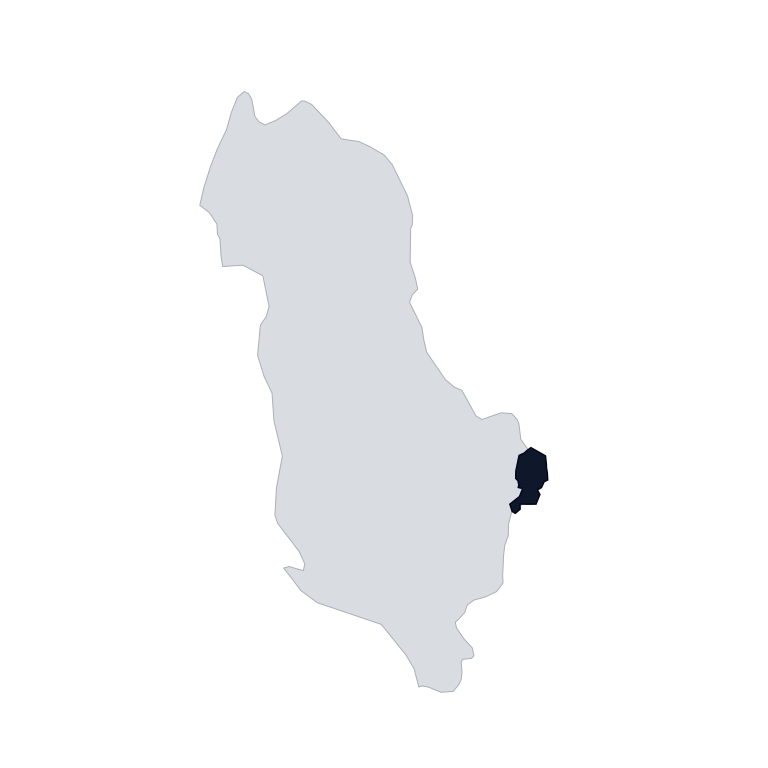 Devoll, Korçë, Albania shown in context, rotated 348°
{"feature_id": "67620474B41402008781007", "entity_name": "Devoll", "entity_type": "district", "adm_level": 2, "iso_a3": "ALB", "parent_name": "Albania", "parent_adm1": "Korçë", "projection": "mercator", "projection_center": [20.941, 40.579], "detail": "fine", "context": "in_parent", "style": "filled", "palette": "ink", "viewbox_px": 768, "rotation_deg": 348, "n_neighbors": 0, "source": "geoboundaries", "source_scale": "gbopen_adm2", "svg_char_len": 1915}
<svg xmlns="http://www.w3.org/2000/svg" viewBox="0 0 768 768"><g transform="rotate(348 384 384)"><path d="M250.7,235.6L251.2,225.0L253.7,208.2L252.3,202.6L253.8,193.0L248.9,180.2L241.0,170.9L248.6,154.5L259.8,134.7L270.2,118.9L282.8,102.5L291.1,86.7L300.2,73.1L307.9,68.9L311.8,71.8L313.8,77.8L313.4,95.4L316.0,101.4L321.4,105.9L332.7,103.7L345.3,99.3L362.2,90.0L365.0,90.6L371.3,95.5L384.3,116.7L393.0,135.3L410.1,141.8L419.6,149.0L431.8,160.1L437.7,171.2L446.1,205.0L447.0,225.3L444.6,234.7L442.5,237.1L434.9,270.2L436.7,287.0L436.7,298.1L430.3,302.5L426.0,309.4L432.9,336.9L432.1,348.5L432.4,361.9L444.9,392.4L452.2,401.8L458.8,406.3L467.3,434.3L472.3,439.1L492.8,436.5L502.8,439.6L506.8,446.2L507.7,450.7L506.3,466.4L511.4,478.4L518.2,490.7L518.2,498.3L513.6,510.6L505.4,525.0L494.6,530.5L482.6,535.2L476.9,546.3L474.0,558.2L468.6,566.9L465.3,576.6L460.2,596.2L459.1,603.3L450.9,610.5L438.4,613.4L427.2,614.0L419.5,617.4L415.7,624.0L408.5,629.4L404.2,631.8L404.2,637.8L409.4,650.2L415.4,660.3L415.5,668.4L412.6,670.6L403.4,669.6L401.5,672.6L400.5,681.6L398.0,689.3L394.2,694.0L387.7,699.1L375.7,697.4L364.4,689.7L358.5,687.3L355.1,687.6L354.2,668.7L349.3,654.0L331.4,618.6L273.3,584.1L259.6,568.6L253.6,555.5L247.6,543.2L253.3,542.8L259.0,546.0L266.3,549.7L269.2,543.5L266.1,530.0L251.1,498.4L250.0,489.7L257.3,463.1L269.6,433.3L268.7,397.0L272.6,369.6L268.3,351.7L266.3,329.8L275.3,300.7L283.0,293.4L287.7,284.2L288.0,253.0L270.7,238.4L250.7,235.6Z" fill="#d9dde1" stroke="#a8b0b8" stroke-width="1"/><path d="M482.1,527.7L482.9,535.3L485.5,537.8L491.1,534.8L492.1,529.7L500.3,531.6L507.7,533.1L513.5,524.5L512.0,519.5L516.5,518.0L520.3,512.9L524.2,511.9L525.3,504.4L525.5,499.7L526.1,496.5L527.0,487.9L514.5,476.8L510.7,478.5L506.4,480.8L501.3,481.9L494.9,496.5L493.2,503.7L494.9,506.4L494.9,510.6L493.8,513.1L497.9,515.1L493.2,522.2L482.1,527.7Z" fill="#0f172a" stroke="#020617" stroke-width="1.5"/></g></svg>